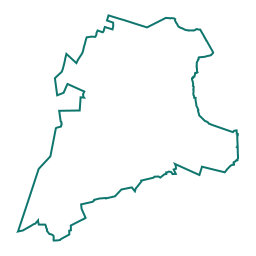 the district of Oirschot, Noord-Brabant, Netherlands
{"feature_id": "6326949B78651691159408", "entity_name": "Oirschot", "entity_type": "district", "adm_level": 2, "iso_a3": "NLD", "parent_name": "Netherlands", "parent_adm1": "Noord-Brabant", "projection": "albers", "projection_center": [5.295, 51.489], "detail": "fine", "context": "isolated", "style": "outline", "palette": "teal", "viewbox_px": 256, "rotation_deg": 0, "n_neighbors": 0, "source": "geoboundaries", "source_scale": "gbopen_adm2", "svg_char_len": 5012}
<svg xmlns="http://www.w3.org/2000/svg" viewBox="0 0 256 256"><path d="M200.2,29.6L199.0,29.6L198.8,29.5L198.0,29.4L196.7,29.1L196.4,29.1L196.1,29.2L196.0,29.4L195.5,29.8L194.6,30.3L194.1,30.4L193.6,30.5L193.4,30.3L193.2,30.3L192.7,30.5L191.4,30.4L190.9,30.4L190.1,30.5L189.6,30.5L189.1,30.4L188.7,30.5L188.4,30.5L188.0,30.2L187.6,30.3L187.2,30.2L186.8,30.2L186.0,30.1L184.5,29.5L182.2,28.3L180.9,27.9L180.7,27.8L179.1,27.0L178.8,26.8L178.6,26.7L177.7,25.4L177.6,25.2L177.3,24.2L177.1,24.0L176.4,23.2L176.2,22.8L175.9,22.1L175.3,21.2L175.2,21.0L175.2,20.9L175.1,20.6L175.0,20.2L175.1,19.6L175.2,19.2L174.2,18.4L171.2,18.1L170.8,18.2L170.1,18.4L169.9,18.2L165.7,17.9L164.9,18.3L164.2,18.7L164.1,18.8L161.1,20.3L158.7,21.5L147.0,27.4L136.8,24.2L126.2,20.8L122.4,19.6L122.0,19.5L120.5,19.1L108.5,15.4L108.3,16.0L107.7,18.0L107.0,20.5L113.1,22.6L113.2,24.9L113.2,25.3L113.2,26.0L113.1,26.7L113.0,27.1L112.5,29.4L104.8,27.0L104.1,29.3L103.8,30.5L103.4,31.6L102.7,32.3L97.6,30.5L97.3,31.2L97.1,31.6L96.8,32.2L96.6,32.8L96.4,33.6L96.4,34.1L96.4,34.5L96.3,34.9L95.6,36.2L95.5,36.6L95.4,36.8L95.2,36.9L92.4,36.7L91.7,36.6L89.2,37.0L88.5,37.1L86.7,37.3L85.9,39.7L85.5,41.2L85.1,43.0L84.7,44.4L84.1,46.4L83.7,47.8L83.3,49.9L82.7,52.0L82.4,52.7L82.1,53.4L81.7,54.1L78.3,59.2L78.0,59.8L77.7,60.3L76.5,62.9L76.4,63.1L66.4,53.9L65.3,58.3L64.9,60.4L64.3,63.2L62.8,69.0L62.5,69.7L61.9,71.6L54.9,78.2L57.2,95.3L63.6,92.8L66.2,86.8L67.5,84.0L72.0,86.0L80.6,89.9L84.3,91.5L83.0,94.4L83.5,96.9L84.0,97.6L80.6,97.3L79.7,110.5L59.2,110.8L60.4,119.6L60.6,121.1L61.4,122.0L61.5,123.1L61.4,123.1L61.6,124.3L61.4,125.3L61.2,125.3L61.1,125.9L60.9,126.6L59.6,126.9L59.4,127.0L57.4,127.5L56.7,127.7L55.9,128.2L55.7,129.1L53.9,138.4L50.4,156.3L38.7,168.9L29.8,196.0L25.1,210.2L24.7,211.3L23.7,214.4L18.6,229.7L18.6,229.8L18.1,231.3L18.0,231.5L22.8,230.5L31.1,225.8L33.4,224.3L35.2,223.7L38.0,220.5L38.0,220.8L38.0,221.0L38.6,223.7L38.8,224.6L45.2,224.6L45.4,224.9L45.5,225.1L45.7,225.6L45.9,226.1L46.2,227.9L46.3,228.0L46.9,229.0L47.0,229.3L47.0,229.5L46.9,230.3L46.9,230.6L46.9,230.8L47.0,230.9L47.2,231.2L49.1,233.6L49.3,233.9L49.6,234.0L50.8,234.2L51.1,234.3L51.5,234.5L53.0,235.3L53.2,235.5L53.3,235.6L53.7,236.7L53.7,237.0L53.6,239.1L53.6,239.6L53.5,239.9L53.6,240.1L53.7,240.5L55.3,240.5L56.8,240.4L57.8,240.4L58.5,240.2L60.1,240.0L60.2,239.9L60.6,239.3L60.7,239.2L69.3,234.5L69.2,230.7L70.9,230.3L70.8,225.5L84.1,218.7L84.1,218.8L85.5,218.0L85.6,217.9L81.6,208.9L81.1,204.4L92.6,201.8L94.4,200.2L94.3,199.8L99.5,198.5L105.9,198.0L106.0,198.4L115.0,196.3L116.5,194.7L121.4,189.5L131.8,187.4L134.9,191.3L135.7,188.6L141.3,181.6L141.3,180.9L141.2,180.6L153.5,177.7L154.4,176.7L158.5,176.5L160.1,177.5L160.3,177.6L164.4,174.3L166.3,174.0L166.2,172.4L167.3,172.4L168.6,171.6L170.8,171.9L171.4,172.3L171.6,172.5L172.5,174.1L175.8,173.9L173.7,169.5L176.0,168.7L175.9,167.6L175.8,167.0L175.8,166.9L175.8,165.9L175.7,165.6L175.6,165.3L175.0,164.0L178.1,165.4L199.4,175.0L202.0,166.7L214.1,169.7L224.8,172.3L226.6,170.0L227.0,169.4L230.2,166.1L230.5,165.8L230.9,165.5L231.3,165.3L231.8,165.1L232.2,164.9L232.6,164.9L234.0,164.7L234.0,164.1L233.9,163.8L233.9,163.6L233.6,163.2L233.5,162.9L233.5,162.7L233.6,162.4L233.8,162.2L234.0,162.0L234.2,161.9L234.5,161.7L235.3,161.5L235.4,161.4L235.5,161.3L236.1,160.5L236.3,160.3L236.4,160.2L237.0,160.4L237.3,160.4L237.5,160.3L237.5,160.1L237.3,159.6L237.5,159.3L237.7,158.9L238.0,158.3L238.0,158.0L238.0,156.2L237.9,154.9L237.8,153.2L237.7,146.9L237.0,147.3L236.9,147.2L237.6,146.7L237.4,145.9L237.6,145.7L237.5,142.1L237.4,141.4L237.3,137.4L237.2,134.7L237.8,134.9L237.8,133.9L237.2,133.7L236.7,133.5L236.7,131.6L236.6,130.5L236.6,130.4L236.4,130.4L236.4,130.5L234.0,130.8L233.0,132.1L231.6,131.7L211.2,124.6L210.8,124.3L208.8,123.6L208.0,122.4L206.7,121.6L205.3,121.1L205.1,121.1L199.2,115.4L198.8,113.5L197.9,110.6L198.2,110.2L198.4,110.0L197.3,107.5L196.7,106.5L196.6,106.2L196.4,105.6L196.4,105.4L195.8,101.7L195.6,100.6L195.6,99.8L195.5,99.3L195.6,97.9L194.8,97.9L194.2,97.8L194.2,97.5L194.1,96.8L194.0,96.0L193.8,95.5L193.5,95.2L193.3,93.6L193.5,92.3L193.5,92.1L193.6,91.6L193.5,91.0L193.4,90.7L193.6,89.7L193.6,89.0L193.5,88.7L193.4,88.7L193.6,87.7L193.7,87.1L193.7,86.6L192.9,85.9L193.2,84.5L193.0,83.3L192.8,82.1L192.7,81.4L192.1,79.8L192.1,79.6L192.0,79.4L192.0,79.0L192.0,78.5L192.0,78.4L192.2,78.0L192.7,78.1L193.1,77.9L193.2,76.8L193.7,76.7L194.4,76.7L194.5,76.1L194.6,75.5L194.9,74.9L194.9,74.6L195.0,74.4L195.0,73.8L195.2,72.9L195.7,72.9L196.6,73.0L197.1,72.5L197.5,72.3L197.0,71.1L196.9,68.4L196.9,67.9L196.7,67.6L196.6,67.0L196.6,66.2L196.8,66.1L196.7,64.2L196.8,62.8L196.8,62.5L197.9,60.3L197.9,60.2L198.1,59.6L198.5,59.5L198.6,59.4L198.6,58.4L198.6,57.6L198.8,57.4L199.2,57.3L201.3,57.1L202.7,57.0L202.9,57.0L204.4,56.8L204.7,56.8L205.1,56.7L207.8,55.9L208.0,55.9L209.8,55.6L210.6,55.1L211.0,55.1L211.8,54.3L212.8,53.2L213.1,52.9L213.1,52.7L213.1,52.3L206.7,40.9L206.4,40.8L206.2,40.5L206.3,40.3L204.7,37.6L204.8,37.6L200.2,29.6Z" fill="none" stroke="#0f766e" stroke-width="2"/></svg>